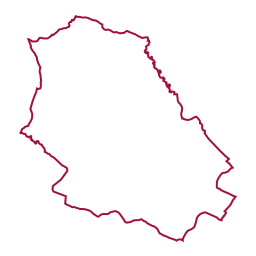 Vulcana-Pandele, Dâmbovita, Romania
{"feature_id": "2599482B55565762838065", "entity_name": "Vulcana-Pandele", "entity_type": "district", "adm_level": 2, "iso_a3": "ROU", "parent_name": "Romania", "parent_adm1": "Dâmbovita", "projection": "mercator", "projection_center": [25.375, 45.036], "detail": "fine", "context": "isolated", "style": "outline", "palette": "rose", "viewbox_px": 256, "rotation_deg": 0, "n_neighbors": 0, "source": "geoboundaries", "source_scale": "gbopen_adm2", "svg_char_len": 5658}
<svg xmlns="http://www.w3.org/2000/svg" viewBox="0 0 256 256"><path d="M182.8,240.5L182.8,240.1L182.9,238.7L184.0,236.5L186.2,232.6L187.6,231.0L188.9,230.2L190.8,229.5L192.9,228.2L194.2,227.0L194.8,225.8L196.1,221.5L197.0,217.7L198.0,216.2L199.9,214.4L202.4,213.0L205.2,212.3L216.7,217.4L219.3,219.7L221.5,220.3L221.5,220.0L221.8,219.0L222.4,218.1L222.2,218.0L223.8,216.3L223.7,216.0L224.7,215.0L225.4,214.1L226.1,212.5L224.6,211.3L228.3,207.3L230.0,205.4L230.9,204.1L232.7,200.5L235.6,196.7L233.6,196.0L229.0,193.7L222.5,190.9L220.5,189.7L219.8,188.8L218.2,188.5L216.8,187.4L216.9,182.0L217.5,180.2L218.2,178.5L220.9,174.5L221.7,173.7L222.8,172.9L225.0,172.7L228.2,171.4L229.6,169.7L230.9,168.4L232.6,167.7L229.9,164.2L226.5,161.2L228.9,159.0L225.3,155.9L220.4,151.2L217.9,148.6L217.3,147.8L216.7,147.4L215.2,145.7L208.8,139.1L208.0,138.0L204.6,133.3L205.0,131.8L205.1,131.1L204.8,130.6L203.3,130.4L203.0,130.1L202.2,128.2L202.0,127.6L202.3,126.9L202.3,125.8L201.4,123.8L200.0,123.3L199.9,122.8L200.1,121.6L199.0,119.5L196.9,117.3L196.3,116.8L195.6,116.8L194.7,117.1L191.9,118.8L188.8,119.9L187.3,119.9L185.1,119.5L184.5,119.1L183.5,118.9L183.3,118.5L182.2,118.5L181.5,116.2L181.2,114.1L181.4,112.6L182.0,110.4L182.1,108.4L182.1,107.8L181.5,106.0L181.1,105.4L180.2,104.1L178.8,102.6L177.9,101.2L177.1,94.3L176.3,94.2L174.2,94.3L174.5,92.3L174.4,92.1L173.5,91.7L173.0,91.8L172.3,91.5L172.0,91.5L171.2,92.3L169.9,92.1L169.6,91.9L169.4,91.2L170.1,90.4L169.4,88.7L168.8,88.0L168.2,87.6L168.6,87.1L169.8,86.5L169.8,85.1L169.7,84.6L169.2,84.5L168.5,84.7L168.0,85.4L166.9,86.0L166.1,83.5L166.6,83.2L166.3,82.3L164.4,81.4L164.0,81.1L163.6,81.1L163.3,80.7L163.3,80.0L163.4,79.4L164.4,79.2L164.5,79.0L164.5,78.7L163.8,78.4L163.6,78.2L163.5,77.5L163.3,77.4L163.1,77.4L162.4,77.9L162.1,77.9L160.4,77.5L159.8,77.0L159.4,75.6L159.0,75.1L159.2,74.1L158.9,73.8L158.8,73.3L159.1,73.0L160.4,72.8L160.6,72.6L160.7,72.3L160.8,71.8L160.7,71.6L160.3,71.3L159.8,71.4L159.7,71.3L160.0,70.5L159.7,70.4L158.3,71.5L158.0,71.6L157.6,70.0L156.9,69.6L156.7,69.3L156.6,68.7L156.2,68.5L155.0,68.2L154.7,68.0L154.4,67.2L154.0,66.7L153.9,66.4L153.9,66.2L154.7,65.3L154.7,65.1L154.6,64.9L153.7,64.3L153.2,63.8L153.0,63.3L153.0,62.9L153.2,62.7L153.4,62.6L154.1,63.0L154.5,63.0L154.8,62.6L154.7,62.2L154.4,61.9L153.9,60.7L153.7,60.4L153.0,59.9L152.2,59.8L151.9,58.9L152.0,58.4L152.0,57.8L151.9,57.0L151.4,56.9L151.1,57.1L150.8,57.6L150.6,58.5L150.3,58.7L149.2,57.5L148.3,57.0L148.2,55.7L147.8,54.7L148.3,53.1L148.3,52.8L148.1,52.5L147.5,52.1L146.8,52.0L146.7,52.1L146.4,53.0L145.9,53.1L145.5,52.8L144.8,51.7L144.7,51.2L145.2,50.2L146.2,49.6L146.3,49.3L146.4,48.4L146.0,46.7L146.6,46.2L147.1,45.5L148.7,44.9L148.7,44.0L148.9,43.2L149.5,42.6L149.4,41.9L149.1,40.8L147.8,40.8L147.9,40.4L148.2,40.3L148.3,39.9L147.5,37.3L144.9,37.5L142.3,38.0L139.4,36.6L138.5,36.4L137.3,35.5L134.5,33.9L133.0,33.5L128.9,31.9L128.2,31.4L127.3,31.0L126.9,31.0L125.0,32.0L124.0,32.9L121.3,33.1L120.2,33.4L119.4,33.2L117.6,32.5L116.0,32.0L115.1,32.4L113.9,32.3L112.4,31.7L110.5,30.4L108.6,29.7L107.8,29.6L106.0,29.9L104.2,29.4L102.4,27.4L102.3,24.5L100.1,23.4L98.3,21.9L96.1,20.8L96.0,20.5L93.8,20.2L93.3,20.3L92.0,19.6L91.3,19.6L88.1,18.0L85.5,17.4L82.7,17.6L79.7,16.9L76.2,16.9L75.5,15.4L75.6,15.9L75.1,17.9L73.9,19.6L73.8,20.1L73.6,20.3L72.6,19.9L71.8,20.0L71.6,20.4L71.6,21.3L71.5,21.7L71.2,22.0L70.1,22.0L69.7,22.3L68.9,23.3L68.9,23.9L69.5,25.3L69.2,26.5L68.6,27.0L68.2,27.0L66.5,27.7L65.7,28.3L63.9,28.2L61.0,29.2L59.6,29.3L58.3,30.3L57.8,31.2L55.5,33.2L53.6,34.7L52.4,35.3L52.1,35.2L51.9,34.9L51.1,35.7L50.8,36.3L47.8,38.3L47.0,38.5L43.2,38.4L41.4,37.9L40.2,37.8L39.5,37.9L38.9,38.9L37.8,40.2L37.7,40.6L37.3,41.1L35.8,41.4L32.4,41.5L32.0,41.4L30.7,40.3L29.2,39.7L28.6,39.1L28.3,39.1L31.0,46.2L30.7,46.7L30.7,47.4L32.2,50.2L35.2,54.0L35.3,55.0L36.6,56.8L36.9,57.9L37.0,59.6L37.6,60.9L37.9,62.6L40.5,67.7L40.2,68.0L39.8,69.7L39.6,72.3L39.9,72.8L40.3,74.0L41.2,81.5L40.8,82.1L40.7,82.8L40.9,85.2L40.6,87.5L40.3,88.4L39.2,88.7L37.9,89.0L37.0,88.5L36.1,92.3L34.8,95.3L32.7,100.9L30.4,108.9L32.2,113.7L32.2,116.4L31.9,118.6L30.6,121.4L28.9,124.1L28.1,126.1L26.9,126.2L24.8,127.0L23.9,128.0L21.9,129.3L21.5,130.9L20.4,132.8L20.8,133.2L22.0,132.9L22.6,133.1L23.5,133.9L24.8,133.8L25.4,134.0L26.2,135.9L26.9,136.6L27.8,136.6L28.1,137.0L28.8,137.3L29.3,137.3L29.6,136.7L30.1,136.7L30.9,136.1L31.2,136.2L31.2,137.3L30.9,139.3L31.1,139.6L31.9,139.7L31.7,140.2L31.9,140.5L33.1,140.9L34.0,141.6L34.3,142.3L35.5,143.5L35.9,143.5L36.4,142.8L36.2,141.6L36.9,141.2L37.9,141.1L38.6,141.7L38.6,142.9L40.6,144.5L41.7,144.6L42.3,146.0L43.6,147.5L44.9,149.8L44.9,150.5L44.7,151.2L44.7,151.9L46.1,152.3L47.7,153.7L49.0,153.8L50.9,155.9L54.1,157.7L62.0,165.2L65.6,167.2L66.8,168.0L67.3,169.4L67.2,171.1L60.9,179.7L52.9,186.0L52.5,189.4L53.4,191.5L65.8,196.2L65.2,203.7L68.6,205.5L69.4,205.6L71.8,207.0L72.7,207.2L74.0,207.1L74.6,207.2L80.1,209.0L82.7,209.0L85.7,209.4L88.6,210.3L90.6,211.2L93.5,213.9L95.4,215.1L97.2,216.4L98.0,216.6L98.6,216.6L100.8,214.8L102.4,214.2L103.5,214.0L107.3,214.1L108.2,213.9L109.0,213.5L109.8,212.5L111.1,212.1L113.3,211.5L115.4,211.2L116.0,211.3L117.5,212.0L118.6,212.7L120.1,214.3L123.9,219.7L124.8,221.5L125.2,222.0L125.7,222.3L126.6,222.6L130.3,222.1L132.4,221.1L133.0,220.7L133.7,220.5L136.0,220.2L139.1,220.1L140.7,219.4L141.2,219.2L141.4,219.3L142.3,219.7L143.2,220.7L145.6,221.7L147.7,223.5L152.6,226.0L154.0,226.3L154.3,226.5L156.9,228.4L157.3,229.0L157.6,229.4L158.5,231.3L159.9,233.6L161.4,234.1L163.3,235.4L164.1,235.7L164.3,235.6L167.9,237.1L168.3,237.5L175.3,239.9L176.7,240.6L177.2,240.1L177.6,239.9L179.8,239.3L181.0,239.5L182.8,240.5Z" fill="none" stroke="#9f1239" stroke-width="2"/></svg>